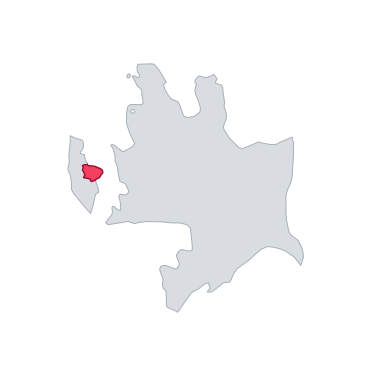 Şahbuz highlighted on a map of Azerbaijan, rotated 37°
{"feature_id": "AZE-2423", "entity_name": "Şahbuz", "entity_type": "District", "adm_level": 1, "iso_a3": "AZE", "parent_name": "Azerbaijan", "parent_adm1": "", "projection": "mercator", "projection_center": [45.594, 39.428], "detail": "fine", "context": "in_parent", "style": "filled", "palette": "rose", "viewbox_px": 384, "rotation_deg": 37, "n_neighbors": 0, "source": "natural_earth", "source_scale": "10m", "svg_char_len": 3814}
<svg xmlns="http://www.w3.org/2000/svg" viewBox="0 0 384 384"><g transform="rotate(37 192 192)"><path d="M252.9,296.7L251.6,296.6L242.0,298.9L240.0,298.2L231.8,287.7L230.1,286.6L226.6,286.1L224.5,284.4L222.8,281.6L221.8,279.5L213.3,273.8L212.1,271.7L211.9,269.8L213.2,268.2L214.6,266.8L218.7,265.4L223.6,264.1L225.1,263.3L225.9,261.7L225.9,259.3L225.1,256.9L218.1,252.5L217.4,250.7L217.1,248.3L217.5,245.9L218.6,244.0L224.3,241.5L227.3,238.8L225.4,235.8L219.3,229.0L212.1,221.5L207.2,221.4L201.6,223.6L192.7,230.0L187.7,232.8L181.3,237.3L174.3,242.3L168.5,247.6L164.9,252.0L158.6,253.9L155.3,257.6L144.6,268.6L141.6,268.5L141.4,263.0L141.6,258.7L140.9,256.2L137.5,252.8L137.4,251.3L138.3,250.4L141.0,250.9L144.4,250.7L146.0,249.4L142.4,244.9L139.1,241.8L136.4,239.8L135.8,238.6L135.8,237.7L136.3,236.7L141.0,234.2L141.5,231.9L141.2,229.3L133.7,225.5L128.1,226.9L123.1,222.7L119.9,219.4L115.9,215.9L112.3,213.9L108.8,209.5L102.8,204.9L99.0,203.6L99.1,202.9L99.8,202.1L101.4,201.4L112.0,201.5L113.3,200.7L114.0,198.7L115.4,195.8L117.1,191.5L117.0,187.9L106.3,182.1L98.5,176.7L93.1,169.6L89.5,163.1L89.6,160.9L90.6,158.8L99.0,152.8L99.5,151.2L99.4,150.2L96.4,147.1L92.7,143.9L91.5,141.6L89.1,140.4L84.7,140.3L76.8,136.4L75.2,136.0L74.8,135.2L75.2,134.4L80.8,132.8L80.7,131.5L79.0,129.8L75.8,128.6L72.9,125.4L71.9,122.6L82.0,114.4L85.0,112.7L91.6,114.2L105.4,119.7L104.4,122.7L105.8,124.4L109.0,126.7L115.0,129.1L120.1,130.3L122.7,129.3L126.7,128.4L131.8,131.1L136.5,134.5L138.8,135.9L140.1,136.3L143.7,135.2L148.0,130.8L149.7,125.4L150.1,122.9L147.6,119.3L142.5,115.5L136.7,112.1L133.0,109.1L130.6,103.2L128.2,102.5L127.6,101.8L127.2,99.7L127.3,96.9L128.1,94.7L130.5,93.8L132.8,93.5L135.0,91.4L137.6,87.3L138.8,85.1L143.8,86.4L144.5,90.0L145.4,90.8L147.5,90.3L151.0,88.8L153.7,90.0L157.3,94.3L162.2,98.9L164.9,102.0L165.9,104.1L168.5,106.1L172.1,108.6L175.1,112.3L177.7,121.1L180.3,123.1L189.8,126.5L193.2,127.1L202.5,128.3L205.8,127.5L210.6,119.9L214.9,112.1L218.9,110.5L226.2,106.8L230.6,103.2L232.4,99.3L236.5,92.1L239.1,88.0L243.4,91.6L250.8,101.5L261.4,117.4L264.0,121.9L265.8,127.2L267.2,133.5L269.7,139.1L280.4,153.1L285.1,158.2L292.7,164.9L295.4,166.4L298.9,166.8L305.4,166.8L311.4,169.5L314.4,171.3L317.5,173.9L320.2,177.0L323.0,185.1L312.6,182.4L302.1,182.9L296.1,184.6L290.4,187.0L284.8,190.4L281.4,196.9L278.5,212.0L274.2,226.1L274.4,232.6L276.2,238.8L276.0,241.8L274.1,243.0L271.7,245.7L268.4,258.5L266.8,261.1L264.7,262.6L264.1,261.1L264.3,257.8L259.7,254.8L257.3,258.1L255.6,265.2L252.2,272.6L252.1,274.0L252.9,296.7ZM97.7,164.4L98.2,162.4L96.9,161.5L95.5,161.4L94.3,162.4L94.3,165.0L95.9,165.4L97.7,164.4ZM63.3,223.5L61.7,221.5L61.0,220.3L65.7,219.4L73.3,216.6L75.4,217.9L77.7,220.7L78.8,223.2L79.0,227.7L79.9,228.4L83.7,226.9L85.4,228.7L88.2,230.9L93.2,233.0L100.4,229.6L104.0,228.8L107.0,228.8L108.6,229.9L109.1,233.4L108.6,237.7L107.7,240.0L109.2,241.7L115.2,245.9L117.6,248.2L116.4,252.1L120.8,261.8L122.3,265.6L124.0,270.2L115.0,268.4L98.8,264.5L94.3,262.5L90.1,257.1L87.6,254.5L83.8,251.1L80.8,249.9L78.5,247.5L77.2,244.1L75.2,241.0L71.9,237.3L64.3,224.8L63.3,223.5ZM73.0,139.0L72.0,139.7L70.4,139.0L69.9,137.4L70.1,135.8L71.6,135.4L72.9,135.9L73.2,137.3L73.0,139.0Z" fill="#d9dde1" stroke="#a8b0b8" stroke-width="1"/><path d="M91.7,233.0L92.2,233.3L92.7,233.4L93.3,233.3L93.8,233.1L94.3,232.8L98.1,230.4L99.3,229.9L105.0,228.5L105.3,228.5L106.4,228.4L107.7,228.9L108.7,229.7L109.2,230.5L109.2,231.5L109.0,233.0L109.4,235.8L109.2,236.8L107.7,239.4L107.4,240.6L107.6,241.2L107.6,241.3L106.2,242.9L105.2,244.2L104.0,243.9L103.0,242.8L101.6,243.5L99.6,244.3L97.6,245.5L96.8,245.6L96.4,244.8L96.4,244.3L96.5,243.6L96.0,243.0L95.5,242.3L93.3,241.2L91.2,240.2L90.7,238.9L90.3,237.6L89.3,237.2L88.6,236.7L89.7,235.0L91.2,233.7L91.7,233.0Z" fill="#f43f5e" stroke="#9f1239" stroke-width="1.5"/></g></svg>